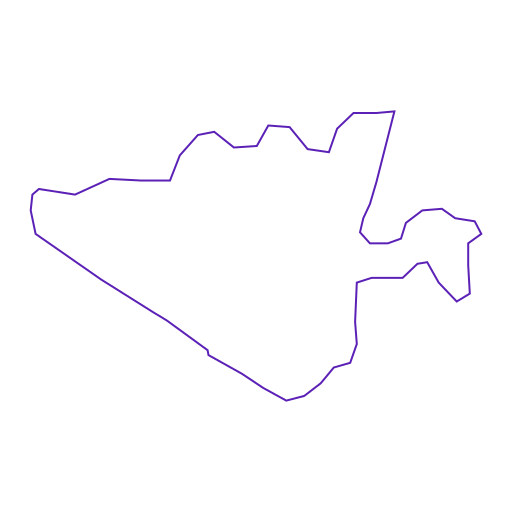 outline of Goyang-si, Gyeonggi, South Korea
{"feature_id": "91817680B27371207272645", "entity_name": "Goyang-si", "entity_type": "district", "adm_level": 2, "iso_a3": "KOR", "parent_name": "South Korea", "parent_adm1": "Gyeonggi", "projection": "robinson", "projection_center": [126.873, 37.651], "detail": "fine", "context": "isolated", "style": "outline", "palette": "violet", "viewbox_px": 512, "rotation_deg": 0, "n_neighbors": 0, "source": "geoboundaries", "source_scale": "gbopen_adm2", "svg_char_len": 854}
<svg xmlns="http://www.w3.org/2000/svg" viewBox="0 0 512 512"><path d="M208.5,355.1L242.0,373.8L263.3,388.0L286.3,400.6L304.3,395.9L320.7,383.3L327.6,375.0L333.8,367.5L350.2,362.8L356.8,344.0L355.1,321.9L356.8,282.6L371.5,277.9L402.6,277.9L417.4,263.8L427.2,262.2L438.7,282.6L456.7,301.5L469.8,293.6L468.2,265.3L468.2,243.3L481.3,233.9L479.0,229.5L474.7,221.3L455.1,218.2L441.9,208.8L422.3,210.4L405.9,222.9L401.0,238.6L387.9,243.3L369.9,243.3L360.0,232.3L363.3,218.2L369.9,204.1L376.4,182.1L394.4,111.4L376.4,113.0L353.5,113.0L337.1,128.7L328.9,152.2L307.6,149.1L289.6,127.1L268.3,125.5L256.8,146.0L233.9,147.5L214.2,131.8L197.9,135.0L179.8,155.4L170.0,180.5L140.5,180.5L109.4,178.9L75.0,194.6L38.9,189.0L32.4,194.6L30.7,210.4L35.6,233.9L101.1,279.5L153.6,312.5L166.7,320.4L207.6,350.2L208.5,355.1Z" fill="none" stroke="#5b21b6" stroke-width="2"/></svg>